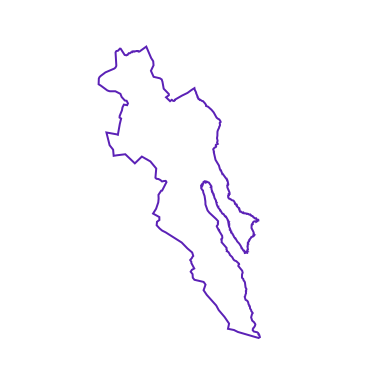 outline of Eid nor, Sogn og Fjordane, Norway, rotated 245°
{"feature_id": "86288312B38432559775747", "entity_name": "Eid nor", "entity_type": "district", "adm_level": 2, "iso_a3": "NOR", "parent_name": "Norway", "parent_adm1": "Sogn og Fjordane", "projection": "orthographic", "projection_center": [5.985, 61.929], "detail": "fine", "context": "isolated", "style": "outline", "palette": "violet", "viewbox_px": 384, "rotation_deg": 245, "n_neighbors": 0, "source": "geoboundaries", "source_scale": "gbopen_adm2", "svg_char_len": 6079}
<svg xmlns="http://www.w3.org/2000/svg" viewBox="0 0 384 384"><g transform="rotate(245 192 192)"><path d="M114.0,156.5L111.4,157.1L105.6,164.5L103.8,164.9L102.3,165.1L98.1,161.0L92.5,161.9L78.9,166.0L73.7,166.3L64.9,168.7L57.1,170.0L52.8,166.8L49.2,171.7L45.8,174.4L31.6,190.6L31.8,192.2L33.8,192.5L33.9,192.3L34.7,192.0L35.1,192.5L36.4,192.3L37.4,191.7L39.4,189.1L41.0,188.6L42.2,189.3L42.4,189.9L42.8,190.1L43.2,191.2L44.1,192.5L45.1,193.4L45.7,193.5L47.8,193.2L50.0,192.2L53.4,192.6L56.1,194.9L56.4,195.7L56.8,195.9L58.9,195.4L60.0,195.7L61.9,195.4L63.5,196.0L64.5,195.7L64.7,195.8L64.2,195.9L64.7,196.1L66.1,195.8L68.6,196.3L70.1,196.1L71.7,195.0L73.8,195.3L74.8,195.5L75.3,196.3L76.4,197.1L77.4,198.2L78.9,198.7L79.3,199.2L79.7,199.1L81.0,200.3L82.9,200.2L87.5,201.7L88.8,201.8L89.9,201.4L91.7,201.7L92.6,201.2L93.5,201.2L96.3,202.6L97.4,203.8L99.5,204.2L105.4,202.7L106.2,203.3L106.6,204.2L107.1,204.3L110.6,202.9L112.0,201.6L113.2,201.1L116.0,200.9L119.1,199.7L119.7,199.9L122.2,199.6L123.7,198.5L124.3,199.1L125.7,199.0L126.5,199.7L127.1,199.6L134.0,197.6L135.1,198.3L136.4,198.4L136.6,198.9L136.9,198.9L136.9,199.3L137.6,200.1L139.6,200.8L145.6,200.1L145.5,200.4L146.2,200.5L146.3,200.1L150.4,199.9L150.7,200.1L151.4,201.5L152.2,202.2L153.1,202.3L153.5,202.8L154.5,203.3L157.2,202.5L165.8,199.0L168.7,198.3L174.9,198.9L178.0,200.2L183.1,201.7L186.7,202.0L188.7,202.6L189.8,202.1L191.4,202.0L192.3,202.3L192.5,202.9L192.8,202.9L192.6,202.8L192.5,202.4L193.0,202.6L192.8,203.3L193.2,203.9L194.2,203.3L195.0,204.7L194.4,205.1L195.4,206.4L196.1,206.5L196.3,207.1L196.2,207.9L196.1,208.2L195.7,208.1L195.6,208.5L196.0,208.6L195.3,209.6L195.0,209.5L194.7,208.3L194.9,208.0L194.6,208.3L194.9,209.8L193.4,211.3L189.1,212.0L188.7,211.9L188.4,211.0L187.5,211.4L186.2,210.8L183.7,210.6L183.8,210.3L183.1,210.2L182.2,210.5L180.5,210.3L180.5,210.6L177.2,209.9L174.1,210.1L173.2,209.7L172.2,209.9L172.2,209.6L170.3,209.2L167.7,209.1L167.3,209.2L167.3,209.5L166.6,209.2L164.4,209.8L163.5,209.7L163.5,210.0L160.0,210.3L159.3,210.5L159.1,211.0L158.6,211.3L156.1,211.6L155.9,212.1L155.1,212.1L155.0,212.4L150.7,212.7L150.7,212.4L149.8,212.4L148.8,211.9L148.5,211.9L148.5,212.3L147.8,211.7L146.6,211.5L146.6,211.9L146.2,211.7L146.3,211.3L144.9,211.0L142.0,210.9L141.4,210.8L141.4,210.4L140.5,210.7L139.1,210.4L139.1,210.8L138.3,210.6L137.0,211.1L136.2,210.9L135.3,211.2L133.7,211.1L131.6,211.5L131.6,211.8L128.0,212.1L125.3,213.0L122.2,213.4L120.3,213.2L120.3,213.5L117.1,213.8L116.6,214.1L116.6,214.4L114.7,214.1L114.7,214.5L114.3,214.5L114.2,215.4L113.7,216.1L114.6,216.3L114.5,217.1L115.1,216.8L115.1,217.2L116.2,217.9L116.2,218.4L119.3,219.3L119.3,219.6L121.7,220.8L121.5,221.1L122.5,221.3L122.9,222.2L123.3,222.4L123.3,222.9L124.2,223.5L124.3,224.0L124.6,224.0L125.5,226.0L126.0,226.5L125.9,229.0L126.3,229.8L126.5,229.2L126.6,229.5L127.8,229.9L127.8,230.4L129.5,230.8L134.2,230.7L136.9,232.1L136.9,232.6L137.4,232.8L137.3,233.3L137.7,233.3L138.2,234.1L138.6,234.3L139.1,235.5L139.0,236.2L138.5,237.6L137.8,237.5L137.9,238.6L138.2,239.3L138.1,240.1L138.4,240.2L138.8,240.3L139.1,239.6L139.6,239.2L141.0,239.0L141.0,238.4L141.4,238.3L141.7,237.7L142.6,237.5L143.0,237.0L144.6,236.7L145.1,236.0L146.2,235.6L146.2,235.3L147.1,235.2L147.3,234.3L148.3,233.8L148.9,232.5L149.3,232.5L149.4,232.0L150.0,231.6L150.7,230.1L151.5,230.0L151.4,229.7L151.5,229.3L152.0,229.3L152.5,228.5L153.6,228.0L153.7,227.6L154.0,227.7L154.2,227.3L156.4,227.4L156.4,227.8L157.5,227.9L158.4,227.3L160.3,226.6L161.2,226.6L161.1,227.1L161.7,227.2L162.2,226.6L163.4,226.4L163.4,226.0L164.6,226.3L166.2,226.1L166.7,225.9L167.7,224.7L169.1,224.0L169.2,223.7L169.9,223.4L170.3,222.8L171.6,222.5L173.3,223.1L173.5,223.3L173.4,224.0L174.3,224.2L174.3,224.8L174.6,224.8L174.4,225.3L175.8,225.8L181.1,226.0L182.8,226.6L182.7,226.9L182.9,227.3L183.5,227.5L183.5,227.8L184.0,227.8L184.0,228.2L186.7,228.9L187.9,229.0L187.9,228.7L189.5,229.0L189.7,228.6L195.5,227.5L195.5,227.1L199.5,227.4L199.8,227.3L199.8,227.0L201.1,227.0L204.6,227.6L211.2,226.9L219.0,228.6L219.1,228.9L221.8,229.3L222.7,231.2L222.6,232.4L223.0,233.1L224.4,233.3L224.7,233.7L224.7,235.7L226.4,235.7L227.5,236.8L230.2,237.4L232.3,238.8L235.8,240.5L236.9,241.4L238.9,243.8L239.7,244.3L240.3,245.3L241.1,245.8L242.7,246.2L243.0,246.4L243.3,247.5L243.9,247.7L246.2,247.4L247.7,246.3L249.1,245.7L255.0,245.3L258.3,244.4L262.5,242.6L264.1,241.1L264.8,241.5L266.6,241.3L269.6,240.4L270.5,239.4L272.2,238.4L272.2,237.9L273.8,237.5L273.8,237.2L275.8,237.1L275.9,237.4L279.9,237.5L280.4,237.8L283.5,237.7L285.1,238.1L284.7,234.8L283.7,229.8L283.6,223.7L282.9,215.6L282.4,215.4L282.1,214.3L282.5,213.5L284.1,212.6L283.6,210.5L288.8,208.5L289.5,211.9L290.6,212.4L297.6,210.0L304.3,211.8L306.8,212.1L308.6,211.0L312.6,205.9L319.2,206.0L323.1,210.7L326.9,212.1L330.7,211.6L343.1,212.0L341.5,203.7L341.9,202.8L342.5,202.8L342.9,202.1L343.3,201.1L343.3,200.5L343.6,199.8L343.6,199.1L344.1,198.8L344.0,198.2L344.6,197.4L344.0,196.8L344.4,196.0L344.0,194.3L344.5,193.3L344.1,192.8L343.9,191.8L343.5,191.5L343.7,190.8L343.6,190.3L344.7,188.9L352.0,187.9L352.4,187.3L351.3,184.6L351.7,183.1L351.3,182.3L350.8,181.7L338.7,176.9L338.1,176.5L337.1,175.2L336.7,173.7L337.0,164.1L335.8,158.4L335.2,156.7L334.2,155.5L329.1,152.9L326.8,154.4L319.8,158.2L318.2,159.8L315.7,165.1L311.2,168.6L307.8,168.4L303.3,169.8L302.3,171.3L299.4,171.4L298.1,169.9L300.0,167.2L298.1,164.8L295.6,163.0L291.5,158.6L290.1,157.8L288.5,158.8L284.3,155.4L275.2,149.0L276.1,148.1L282.1,139.6L269.2,137.1L263.7,138.4L257.9,136.3L257.0,139.5L254.4,147.5L242.1,152.3L245.3,161.5L237.3,167.2L228.4,169.5L220.4,164.9L219.0,165.4L217.9,167.1L216.2,168.4L214.2,169.3L213.8,171.2L213.2,172.8L212.8,173.0L211.7,173.0L205.9,165.5L206.2,164.6L203.6,160.4L200.0,158.9L196.8,157.0L192.0,152.4L188.9,147.6L183.1,151.8L180.4,150.6L179.8,147.7L176.8,145.9L172.7,147.2L169.7,148.6L166.5,151.1L150.6,161.3L142.8,164.0L137.1,166.6L133.5,166.1L132.9,164.8L132.2,164.0L131.1,161.6L129.1,161.9L127.9,161.4L121.7,161.7L121.5,159.0L120.3,157.1L117.3,157.8L114.0,156.5Z" fill="none" stroke="#5b21b6" stroke-width="2"/></g></svg>